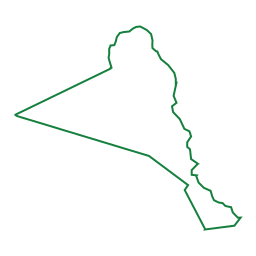 the district of Esperance, Soufrière, Saint Lucia
{"feature_id": "8701671B42907640167452", "entity_name": "Esperance", "entity_type": "district", "adm_level": 2, "iso_a3": "LCA", "parent_name": "Saint Lucia", "parent_adm1": "Soufrière", "projection": "mercator", "projection_center": [-61.035, 13.845], "detail": "fine", "context": "isolated", "style": "outline", "palette": "green", "viewbox_px": 256, "rotation_deg": 0, "n_neighbors": 0, "source": "geoboundaries", "source_scale": "gbopen_adm2", "svg_char_len": 1048}
<svg xmlns="http://www.w3.org/2000/svg" viewBox="0 0 256 256"><path d="M15.4,114.7L15.4,115.0L17.2,116.1L149.1,156.0L149.6,156.4L187.4,184.6L188.1,185.1L184.7,190.0L205.0,228.9L204.8,229.5L234.4,225.7L240.6,217.6L237.9,217.7L232.8,212.5L231.1,207.2L225.4,206.0L222.6,203.1L218.6,202.5L214.0,200.2L212.3,196.6L210.6,190.8L203.8,187.8L198.6,182.6L196.2,175.9L196.7,175.4L195.9,175.3L191.7,174.8L191.7,172.8L191.7,170.1L197.7,163.9L197.9,163.8L194.5,161.4L191.1,159.1L190.0,149.3L187.2,146.9L187.2,142.3L191.1,136.5L189.4,131.3L184.4,128.9L179.8,119.1L173.1,112.1L172.0,106.3L176.5,102.8L175.6,100.6L173.6,95.9L176.3,83.4L175.8,83.7L175.8,78.9L174.3,72.9L168.2,65.1L161.0,59.2L158.5,54.4L157.3,51.4L156.2,51.4L152.5,48.1L152.3,45.5L152.5,40.3L151.1,34.1L147.0,30.2L144.2,28.6L140.2,26.5L136.2,26.9L132.9,28.6L129.3,31.5L123.4,32.1L121.1,32.7L119.8,33.0L116.8,37.1L115.8,41.5L114.3,45.1L111.4,45.4L110.6,45.4L109.2,48.8L109.2,54.0L108.6,57.9L109.8,62.2L111.5,67.7L109.7,68.5L111.2,68.3L15.4,114.7Z" fill="none" stroke="#15803d" stroke-width="2"/></svg>